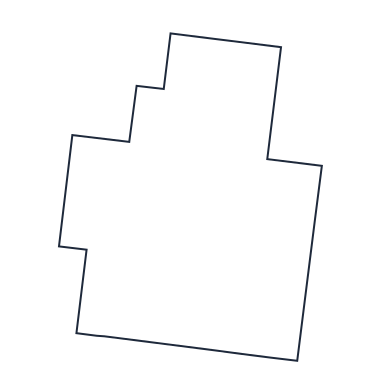 Okmulgee, Oklahoma, United States of America (Albers equal-area conic projection), rotated 187°
{"feature_id": "52423323B23150098566474", "entity_name": "Okmulgee", "entity_type": "district", "adm_level": 2, "iso_a3": "USA", "parent_name": "United States of America", "parent_adm1": "Oklahoma", "projection": "albers", "projection_center": [-95.947, 35.617], "detail": "fine", "context": "isolated", "style": "outline", "palette": "slate", "viewbox_px": 384, "rotation_deg": 187, "n_neighbors": 0, "source": "geoboundaries", "source_scale": "gbopen_adm2", "svg_char_len": 418}
<svg xmlns="http://www.w3.org/2000/svg" viewBox="0 0 384 384"><g transform="rotate(187 192 192)"><path d="M177.1,346.7L187.9,346.7L232.6,346.8L232.6,290.8L259.9,290.6L260.4,234.1L317.7,233.9L317.4,121.8L289.6,121.9L289.5,37.8L268.9,37.7L261.4,38.1L215.3,37.9L150.1,37.6L122.5,37.3L93.5,37.2L67.0,37.3L66.6,177.7L66.3,233.8L121.3,233.8L121.3,346.6L177.1,346.7Z" fill="none" stroke="#1e293b" stroke-width="2"/></g></svg>